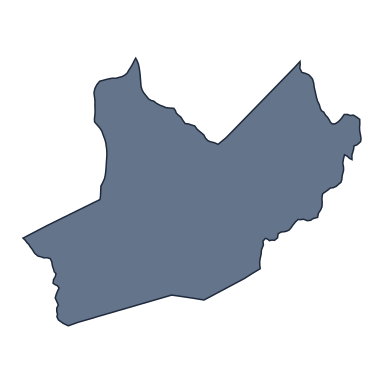 Ibicoara, Bahia, Brazil
{"feature_id": "56859067B74041818755957", "entity_name": "Ibicoara", "entity_type": "district", "adm_level": 2, "iso_a3": "BRA", "parent_name": "Brazil", "parent_adm1": "Bahia", "projection": "natural_earth1", "projection_center": [-41.312, -13.375], "detail": "fine", "context": "isolated", "style": "filled", "palette": "slate", "viewbox_px": 384, "rotation_deg": 0, "n_neighbors": 0, "source": "geoboundaries", "source_scale": "gbopen_adm2", "svg_char_len": 2864}
<svg xmlns="http://www.w3.org/2000/svg" viewBox="0 0 384 384"><path d="M244.6,278.4L251.9,273.7L260.2,268.7L259.8,265.2L259.7,261.7L260.2,258.5L261.1,254.2L261.5,249.8L263.4,245.0L263.0,241.1L265.4,238.4L267.6,239.1L269.4,240.7L271.8,240.1L274.6,240.3L277.6,237.8L278.0,233.9L280.9,232.1L284.1,231.7L286.3,231.3L289.0,230.1L290.9,228.0L293.1,224.8L295.6,221.8L298.0,219.5L300.7,219.7L303.6,219.2L307.2,220.7L310.7,220.3L312.5,218.9L315.1,218.0L317.6,217.4L318.4,213.3L320.7,209.8L322.0,206.7L322.2,202.4L321.9,198.3L322.6,193.8L325.0,192.1L327.7,190.2L330.4,188.0L333.2,187.7L336.3,186.3L338.8,184.0L340.9,182.4L341.8,179.7L342.2,175.7L343.6,170.2L343.5,166.8L342.8,163.5L343.3,159.7L344.5,154.8L347.3,156.2L349.6,158.4L352.0,159.6L351.9,155.1L352.9,151.7L353.6,149.3L354.0,145.9L356.7,145.0L358.6,143.5L360.6,141.6L361.0,138.8L360.6,135.6L359.8,131.6L359.5,127.7L359.8,124.7L359.8,122.0L359.7,119.3L356.8,117.2L353.4,115.1L350.2,115.5L347.4,114.4L344.2,114.5L341.8,117.9L340.0,120.1L338.2,121.8L335.2,123.8L332.2,123.9L330.5,122.3L329.1,119.7L327.5,117.2L325.5,115.2L323.8,112.2L321.5,110.7L320.3,108.3L319.3,104.6L317.5,101.0L316.5,97.4L315.7,93.9L315.0,90.7L314.2,87.3L313.7,83.1L312.5,79.0L310.4,76.4L308.7,74.8L305.3,73.3L301.8,72.4L299.8,68.2L300.2,64.3L300.0,61.5L294.4,67.6L231.8,131.9L225.9,137.9L218.1,144.3L214.1,142.6L210.8,141.9L207.8,140.6L205.6,138.3L203.8,134.9L201.2,132.7L199.0,130.9L196.9,129.0L194.7,125.9L191.9,125.1L188.1,123.8L185.2,123.6L183.1,120.7L180.8,117.0L178.3,115.1L176.3,113.1L175.3,110.4L173.8,108.3L171.4,108.1L168.9,108.0L166.0,107.6L163.1,106.4L159.9,105.2L156.4,103.3L153.9,101.2L150.7,100.3L148.5,98.8L145.6,95.2L143.2,92.1L141.9,89.4L141.1,86.6L140.7,81.9L140.4,78.1L140.1,74.4L139.6,70.5L139.2,67.8L138.3,63.9L137.2,61.0L135.7,58.2L134.2,60.8L132.5,64.3L130.5,67.7L128.8,70.2L127.3,72.9L125.1,74.9L122.1,76.6L119.0,77.4L115.9,78.3L112.5,78.2L110.0,78.6L107.2,79.2L103.9,80.1L99.7,81.2L96.9,84.6L95.0,88.3L94.0,92.4L94.3,95.8L94.8,98.8L95.0,102.2L94.9,105.1L95.0,108.1L95.1,111.6L94.9,115.1L94.4,118.9L94.6,122.0L96.9,124.6L99.9,128.1L101.8,131.0L103.4,135.6L105.0,139.8L105.8,143.0L106.3,146.5L106.7,149.6L106.9,154.4L106.7,157.6L106.5,160.7L106.3,163.7L106.0,168.6L105.7,171.7L105.2,175.7L104.4,178.9L102.8,182.5L100.9,186.1L100.7,191.4L100.5,195.9L100.0,199.5L47.4,225.4L23.0,238.1L25.6,240.6L27.0,242.7L28.8,244.4L30.2,246.8L32.1,249.2L34.7,253.3L38.0,256.1L41.4,256.9L43.9,257.9L47.0,257.7L50.2,258.6L51.8,261.9L52.4,265.8L53.5,269.1L54.3,271.8L56.0,273.7L55.3,276.7L53.5,279.6L53.1,283.3L55.0,284.6L57.4,285.7L59.1,288.0L57.7,290.7L56.3,294.2L55.2,298.0L56.8,301.4L58.3,305.0L56.7,308.2L56.8,311.6L57.5,314.3L56.9,316.8L58.4,319.9L63.1,323.3L68.3,325.8L78.1,322.3L92.7,318.1L97.2,316.7L171.6,295.1L178.3,296.0L184.9,297.0L191.8,298.0L204.0,300.0L244.6,278.4Z" fill="#64748b" stroke="#1e293b" stroke-width="1.5"/></svg>